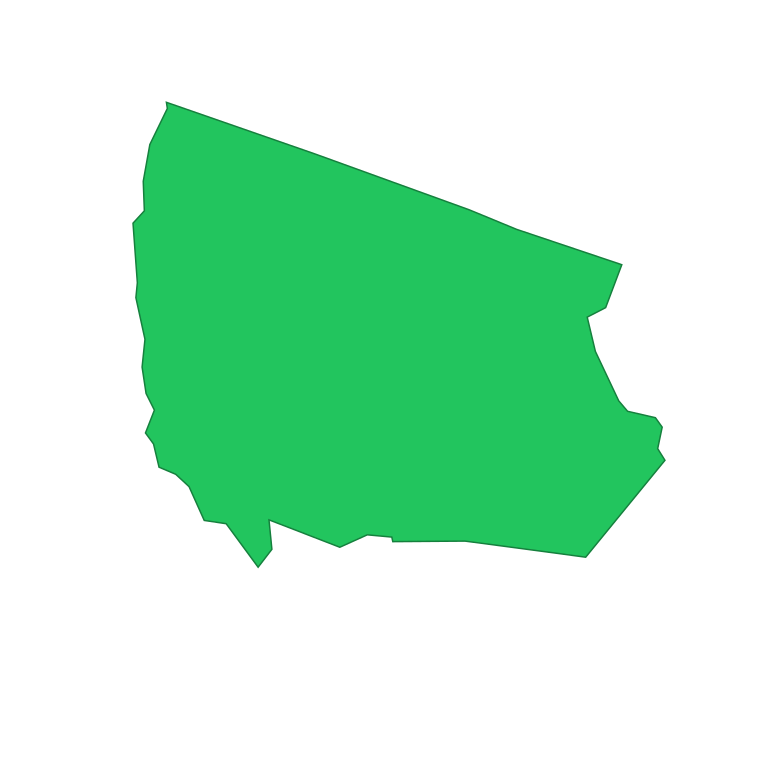 the district of Fairfield, South Carolina, United States of America, rotated 16°
{"feature_id": "52423323B16928233595838", "entity_name": "Fairfield", "entity_type": "district", "adm_level": 2, "iso_a3": "USA", "parent_name": "United States of America", "parent_adm1": "South Carolina", "projection": "robinson", "projection_center": [-81.147, 34.373], "detail": "fine", "context": "isolated", "style": "filled", "palette": "green", "viewbox_px": 768, "rotation_deg": 16, "n_neighbors": 0, "source": "geoboundaries", "source_scale": "gbopen_adm2", "svg_char_len": 680}
<svg xmlns="http://www.w3.org/2000/svg" viewBox="0 0 768 768"><g transform="rotate(16 384 384)"><path d="M96.7,255.5L105.9,283.6L98.4,298.6L119.0,354.7L121.7,369.4L141.9,406.9L146.8,434.4L157.9,458.7L170.5,472.4L168.2,496.8L179.0,505.2L190.7,526.0L208.7,528.2L224.9,536.4L248.8,564.7L270.8,561.8L313.5,594.8L321.8,573.8L310.9,546.3L386.5,553.1L409.5,533.6L433.7,529.0L435.9,533.1L505.1,512.7L556.8,505.0L625.6,494.9L675.1,379.9L664.9,370.7L663.3,348.8L654.2,341.6L625.7,343.1L614.3,335.5L578.2,294.4L560.9,263.7L576.0,249.5L579.7,203.8L468.9,198.8L418.2,193.1L254.4,181.9L97.2,173.2L99.8,178.9L92.9,218.3L96.7,255.5Z" fill="#22c55e" stroke="#15803d" stroke-width="1.5"/></g></svg>